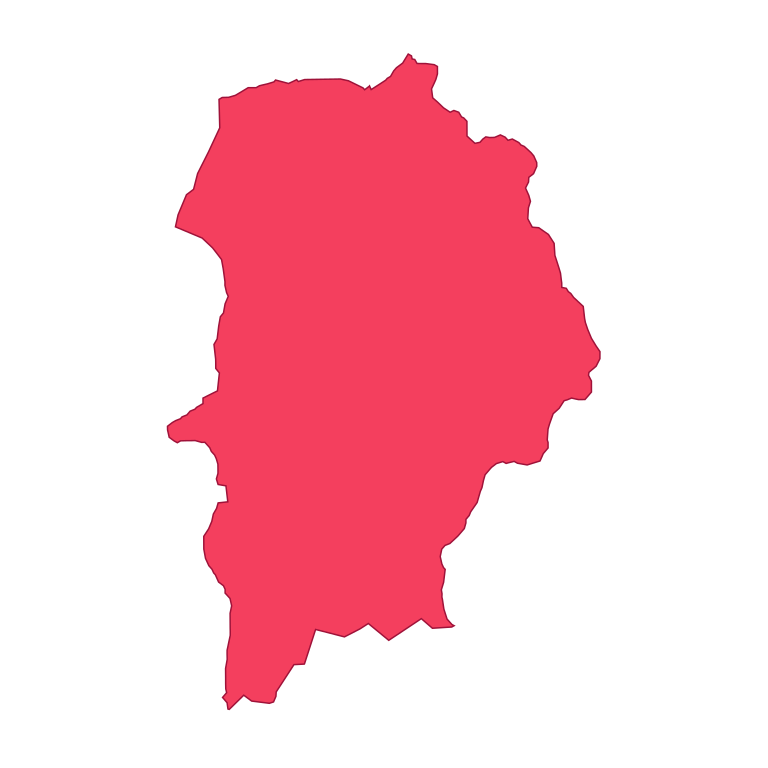 the district of Qua'An Pan, Plateau, Nigeria, rotated 182°
{"feature_id": "59680162B7635361694273", "entity_name": "Qua'An Pan", "entity_type": "district", "adm_level": 2, "iso_a3": "NGA", "parent_name": "Nigeria", "parent_adm1": "Plateau", "projection": "robinson", "projection_center": [9.159, 8.775], "detail": "fine", "context": "isolated", "style": "filled", "palette": "rose", "viewbox_px": 768, "rotation_deg": 182, "n_neighbors": 0, "source": "geoboundaries", "source_scale": "gbopen_adm2", "svg_char_len": 3876}
<svg xmlns="http://www.w3.org/2000/svg" viewBox="0 0 768 768"><g transform="rotate(182 384 384)"><path d="M256.6,628.9L257.7,630.0L264.3,633.3L268.6,631.9L271.5,634.9L276.4,637.0L280.6,635.0L282.2,634.3L287.0,634.0L290.9,634.5L293.8,632.2L296.5,628.9L301.5,627.7L305.5,631.1L309.7,634.7L310.0,642.1L310.3,649.4L313.6,652.7L315.8,653.6L318.8,658.2L323.7,659.8L327.4,657.9L330.0,659.5L334.2,662.1L340.2,667.5L345.3,671.7L345.9,675.2L346.8,680.6L344.3,686.5L342.8,690.2L341.4,695.8L341.7,703.2L345.0,704.9L353.5,705.7L359.6,705.5L362.2,705.5L364.6,709.4L367.2,709.8L368.0,712.9L371.3,714.6L375.0,708.1L376.5,705.4L382.6,700.5L385.2,697.3L388.2,691.6L391.4,689.6L392.9,687.7L399.0,683.4L407.1,677.8L408.9,681.4L409.1,681.1L413.6,677.4L415.3,679.2L430.1,685.8L438.3,687.3L441.5,687.1L456.1,686.4L465.8,685.9L473.9,685.5L480.2,683.3L481.9,685.1L484.0,684.0L485.3,683.3L489.9,681.0L493.7,681.9L503.0,684.0L504.5,682.1L510.9,679.9L516.5,678.4L518.9,677.7L522.1,675.7L530.1,675.4L536.5,671.2L541.8,667.8L542.8,667.2L543.8,666.9L549.2,665.1L555.7,664.7L558.8,662.7L557.1,634.3L567.5,609.8L577.6,587.9L581.1,571.9L588.0,566.3L595.7,545.9L597.9,533.8L570.8,523.5L560.1,514.1L555.0,508.0L550.7,502.7L548.7,493.5L548.4,491.8L546.5,480.7L546.4,477.0L544.5,469.8L542.7,466.2L545.6,458.6L546.9,449.4L549.9,445.5L551.2,436.2L552.3,423.3L555.3,417.6L553.1,402.9L552.9,399.2L552.7,393.7L548.9,389.3L549.3,383.8L550.2,371.3L554.5,369.0L564.4,363.6L564.2,358.1L570.5,354.1L572.1,352.2L576.8,350.1L579.9,346.2L584.7,344.1L586.2,342.2L591.0,340.1L594.2,338.1L598.9,334.2L598.7,330.5L596.8,323.2L591.8,319.8L588.5,318.1L585.3,320.1L578.9,320.5L575.6,320.6L570.8,320.9L564.2,319.3L561.0,319.5L557.6,316.0L555.9,314.2L554.2,310.6L550.8,307.1L549.0,303.5L547.2,298.1L547.0,294.4L546.8,288.9L548.2,283.3L546.3,277.8L538.4,276.7L536.0,260.8L545.6,259.4L547.0,253.8L550.0,248.1L551.3,240.7L554.2,233.1L556.8,228.8L558.8,225.5L558.6,220.0L558.3,212.7L556.3,203.5L552.7,196.3L549.4,192.8L547.6,189.2L545.9,187.5L542.4,180.3L537.4,176.8L535.6,173.2L535.5,169.5L533.8,167.8L530.4,164.3L528.5,157.0L529.8,149.5L529.5,142.2L529.2,134.8L529.0,131.1L528.9,127.4L530.2,120.0L530.9,115.8L531.5,112.5L531.4,108.9L531.1,103.3L532.4,94.1L532.0,84.9L531.8,79.3L531.5,73.8L530.5,70.0L534.4,65.1L529.7,60.0L528.6,53.7L527.3,53.4L513.3,68.1L505.2,62.5L487.4,60.9L483.3,62.4L481.1,68.1L481.0,72.5L464.2,100.4L453.9,101.3L453.7,101.6L443.8,136.3L414.7,129.9L399.5,138.4L391.3,144.1L370.3,128.0L338.5,150.8L327.1,141.6L307.8,143.5L305.5,144.9L307.7,146.0L310.6,149.0L312.8,151.3L316.3,161.1L318.1,170.8L318.7,173.1L318.7,176.4L319.5,180.3L317.5,187.9L316.4,200.9L318.1,202.6L319.9,206.2L321.8,213.5L320.5,221.0L317.4,224.8L312.6,226.9L304.8,234.7L298.7,242.3L297.3,248.0L297.4,251.6L294.3,255.5L292.9,259.3L286.8,268.8L284.0,280.0L282.5,283.8L281.2,291.2L279.8,296.8L275.2,302.6L273.6,304.5L268.9,308.4L262.5,310.6L259.2,308.9L256.6,309.7L251.2,311.2L247.9,309.5L238.1,308.1L231.8,310.3L225.4,312.5L223.9,316.2L222.4,320.0L217.8,325.8L218.0,331.3L218.9,333.8L218.8,336.7L218.5,344.7L217.2,349.8L213.9,360.2L208.1,365.8L203.4,373.6L200.3,374.6L196.1,376.5L192.0,375.7L189.0,375.2L182.6,375.5L179.2,379.7L176.4,383.2L176.8,394.2L179.9,399.8L179.6,402.8L176.6,405.6L175.4,406.6L172.6,409.2L169.1,416.8L169.3,423.9L173.3,429.3L178.3,436.9L182.3,445.6L184.9,452.5L185.8,456.5L187.6,468.5L192.3,472.6L192.6,472.8L194.0,474.1L197.5,477.1L200.5,481.0L203.0,482.7L205.2,486.0L209.7,486.7L209.9,491.1L210.4,493.9L211.0,497.8L211.5,501.0L213.3,506.3L215.7,513.0L217.7,518.5L218.9,530.5L224.9,539.2L229.9,542.4L234.8,545.6L241.3,545.9L243.6,549.8L246.1,554.2L245.8,565.1L244.0,571.7L245.2,575.4L245.9,577.6L248.5,582.9L249.4,584.8L248.3,587.2L246.6,590.9L246.5,595.6L241.9,599.4L238.9,606.9L239.1,610.6L242.3,617.2L245.2,620.4L250.1,624.6L252.1,626.3L255.6,627.7L256.6,628.9Z" fill="#f43f5e" stroke="#9f1239" stroke-width="1.5"/></g></svg>